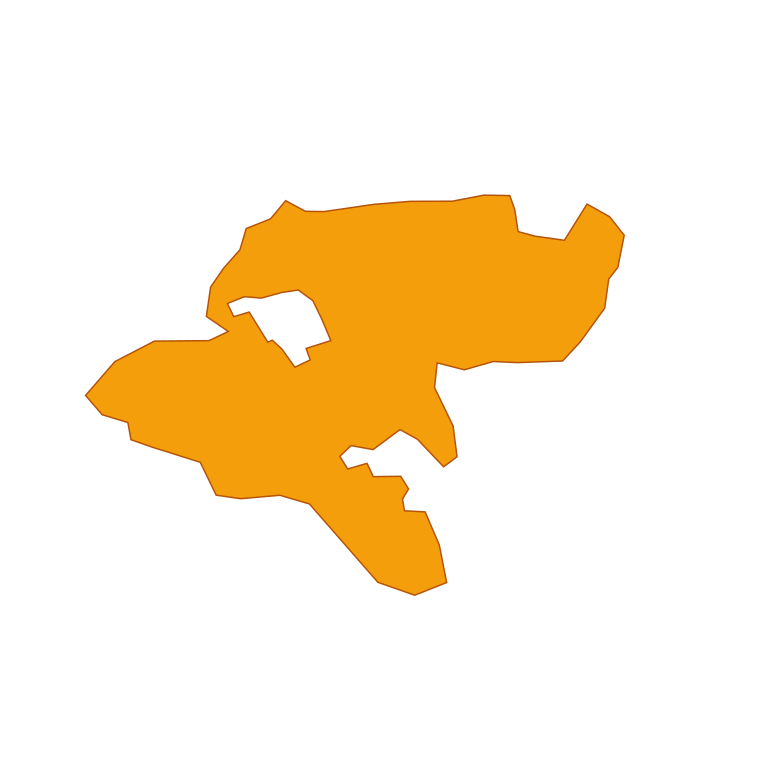 Urgench, Khorezm, Uzbekistan, rotated 157°
{"feature_id": "79887680B5155786713045", "entity_name": "Urgench", "entity_type": "district", "adm_level": 2, "iso_a3": "UZB", "parent_name": "Uzbekistan", "parent_adm1": "Khorezm", "projection": "equal_earth", "projection_center": [60.538, 41.573], "detail": "fine", "context": "isolated", "style": "filled", "palette": "amber", "viewbox_px": 768, "rotation_deg": 157, "n_neighbors": 0, "source": "geoboundaries", "source_scale": "gbopen_adm2", "svg_char_len": 1168}
<svg xmlns="http://www.w3.org/2000/svg" viewBox="0 0 768 768"><g transform="rotate(157 384 384)"><path d="M123.2,400.0L104.8,427.0L110.9,449.7L126.8,470.3L161.8,445.8L187.3,461.1L201.0,471.9L195.5,493.5L194.6,508.3L218.2,518.8L249.8,525.6L288.5,541.9L323.7,553.5L372.0,566.2L388.9,573.7L402.9,591.2L423.8,580.4L450.1,580.9L464.1,563.9L486.7,553.1L505.8,540.9L521.1,515.6L506.8,493.2L528.2,492.3L578.6,513.2L622.9,509.8L663.2,490.1L655.4,465.8L634.8,448.6L638.7,431.6L621.9,416.3L583.7,383.7L581.9,347.2L560.7,334.4L523.4,322.3L499.5,302.7L467.1,203.8L438.3,177.6L403.9,176.8L396.0,214.2L396.1,250.2L414.7,259.3L411.9,270.9L402.4,277.8L404.7,292.5L430.0,302.9L430.7,317.6L450.6,320.0L453.0,334.7L438.4,340.2L419.7,327.9L387.1,335.8L374.8,320.0L361.5,284.5L345.2,288.5L336.8,318.3L338.9,360.9L326.8,382.7L304.5,365.7L274.6,362.0L252.7,351.5L210.6,335.4L186.5,346.3L151.3,367.5L136.1,392.8L123.2,400.0ZM459.5,434.3L464.3,456.0L469.8,468.0L474.6,467.8L480.0,502.9L496.0,504.7L496.7,519.3L478.4,518.9L463.3,511.0L442.3,508.2L426.2,504.0L416.9,488.5L415.9,467.8L416.0,444.7L441.8,447.2L442.5,435.0L459.5,434.3Z" fill="#f59e0b" stroke="#b45309" stroke-width="1.5"/></g></svg>